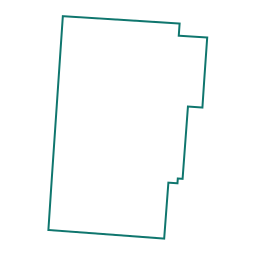 the district of Lincoln, Idaho, United States of America, rotated 274°
{"feature_id": "52423323B80872944248588", "entity_name": "Lincoln", "entity_type": "district", "adm_level": 2, "iso_a3": "USA", "parent_name": "United States of America", "parent_adm1": "Idaho", "projection": "orthographic", "projection_center": [-114.171, 42.982], "detail": "fine", "context": "isolated", "style": "outline", "palette": "teal", "viewbox_px": 256, "rotation_deg": 274, "n_neighbors": 0, "source": "geoboundaries", "source_scale": "gbopen_adm2", "svg_char_len": 334}
<svg xmlns="http://www.w3.org/2000/svg" viewBox="0 0 256 256"><g transform="rotate(274 128 128)"><path d="M20.7,55.7L20.2,171.8L76.3,172.1L76.3,181.2L81.1,181.2L81.1,186.0L153.6,186.3L153.6,200.8L182.6,200.7L223.8,200.7L223.6,172.2L235.8,172.2L235.0,55.2L74.2,55.5L20.7,55.7Z" fill="none" stroke="#0f766e" stroke-width="2"/></g></svg>